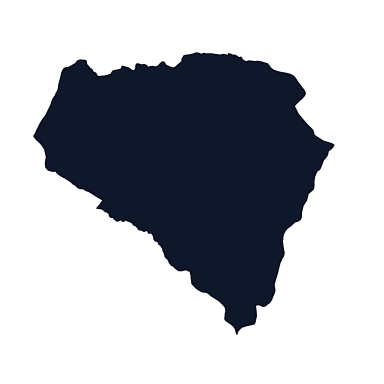 the district of Cerinza, Boyacá, Colombia, rotated 171°
{"feature_id": "7082276B99434629826727", "entity_name": "Cerinza", "entity_type": "district", "adm_level": 2, "iso_a3": "COL", "parent_name": "Colombia", "parent_adm1": "Boyacá", "projection": "albers", "projection_center": [-72.96, 5.971], "detail": "fine", "context": "isolated", "style": "filled", "palette": "ink", "viewbox_px": 384, "rotation_deg": 171, "n_neighbors": 0, "source": "geoboundaries", "source_scale": "gbopen_adm2", "svg_char_len": 6032}
<svg xmlns="http://www.w3.org/2000/svg" viewBox="0 0 384 384"><g transform="rotate(171 192 192)"><path d="M303.1,326.7L306.6,318.8L307.3,316.2L308.1,313.9L311.1,309.9L312.0,308.3L313.3,307.1L315.1,304.9L315.9,303.5L317.7,299.7L320.9,295.4L322.3,293.3L324.1,290.8L327.7,287.2L331.1,283.3L335.4,277.3L337.0,274.7L339.1,272.3L339.3,271.8L338.1,269.4L336.8,267.4L334.8,265.0L333.4,263.0L331.9,260.2L331.5,258.9L330.8,258.0L330.6,256.9L330.6,254.3L330.4,253.7L330.2,248.7L331.3,246.3L332.2,243.1L332.4,239.6L332.1,238.8L330.6,236.3L328.0,235.1L325.9,234.3L325.1,234.2L323.6,234.1L323.0,233.9L322.5,233.2L322.3,232.3L321.7,231.3L319.0,228.7L316.9,227.0L315.7,226.3L313.5,224.2L312.4,223.4L309.7,220.8L309.2,220.3L308.9,219.7L307.8,218.3L306.0,217.1L304.8,215.4L303.8,214.2L302.4,213.3L300.2,212.6L298.9,212.6L298.2,211.7L295.6,209.7L293.8,208.8L285.4,201.5L280.8,197.8L284.8,193.8L288.2,191.0L287.6,190.8L283.9,189.6L283.0,189.0L282.2,188.3L281.8,187.6L281.3,186.9L280.4,186.2L279.0,185.5L277.9,184.5L277.2,183.5L277.0,182.6L277.1,181.7L276.8,180.6L276.3,180.0L273.7,179.2L273.2,178.9L273.2,177.6L272.7,177.3L271.8,176.6L271.3,175.7L270.7,175.1L269.4,175.1L268.7,175.3L267.8,175.8L266.8,175.9L265.3,174.6L264.9,173.9L264.2,173.9L262.5,174.8L261.7,174.9L260.6,173.9L259.6,173.5L257.8,172.4L255.9,171.0L255.5,170.4L255.2,169.4L254.8,168.8L252.7,167.4L252.2,167.2L252.1,166.3L251.6,166.0L250.8,164.9L250.8,164.1L250.7,163.5L250.2,163.1L248.8,162.7L248.2,162.5L246.8,162.6L246.7,161.7L246.3,161.1L245.9,160.9L245.0,160.7L243.5,161.5L242.9,161.4L242.1,160.7L241.1,158.4L240.8,158.0L240.0,158.0L238.8,158.9L238.4,158.8L237.9,156.9L236.8,154.6L236.7,152.6L236.9,151.4L236.0,149.8L235.0,149.2L234.5,149.1L233.8,148.4L233.1,148.3L232.8,147.8L233.1,146.9L232.9,146.0L232.7,145.4L231.3,144.6L230.9,143.8L230.8,142.9L229.9,141.4L229.6,140.6L229.7,140.0L229.6,138.5L229.4,137.7L228.6,135.7L228.9,134.8L228.6,134.2L228.4,133.6L228.6,132.7L227.8,131.8L227.9,131.2L227.4,130.6L226.4,129.9L226.2,129.5L226.2,128.7L225.3,127.5L225.5,126.8L225.5,126.0L225.0,125.2L224.0,124.3L224.2,123.7L223.9,123.1L222.0,122.0L221.5,121.0L219.8,118.8L217.8,116.9L217.1,116.5L215.3,116.1L213.3,116.2L212.6,116.1L211.5,116.3L210.6,116.2L209.8,116.5L209.2,116.3L208.6,115.3L207.9,114.7L206.9,114.8L206.3,114.3L206.0,113.4L206.0,111.9L205.7,108.7L206.1,107.6L206.2,106.8L206.0,106.0L206.3,101.7L205.9,101.0L205.4,100.2L204.5,99.3L204.1,98.2L203.1,96.8L200.6,94.3L198.2,92.5L196.9,91.6L195.5,91.4L194.1,91.1L192.7,90.3L191.2,89.1L189.8,87.3L189.3,86.5L188.3,86.0L187.4,85.0L182.8,81.0L181.5,79.6L180.5,78.2L179.6,77.0L177.3,73.5L177.0,72.4L176.9,70.2L177.1,68.7L178.1,66.3L178.4,64.3L179.1,62.6L179.2,61.5L179.1,60.8L178.8,60.0L176.5,57.8L173.9,55.4L172.3,53.6L171.5,52.5L170.4,49.7L169.9,44.3L169.2,46.7L166.9,48.9L164.1,50.8L158.1,51.7L155.0,51.8L151.4,52.1L150.2,53.6L149.6,55.5L148.0,59.3L147.5,64.3L147.4,69.3L146.4,70.5L144.1,70.6L141.8,69.5L140.3,68.3L138.8,67.9L137.3,68.3L132.2,71.2L130.5,73.2L127.1,78.8L125.9,81.1L125.6,82.3L125.6,87.7L123.5,92.3L120.2,99.0L118.9,102.4L116.6,107.7L116.1,108.7L114.8,110.4L114.3,111.7L111.7,114.6L110.6,117.7L110.8,120.6L110.7,128.8L110.0,130.9L109.5,133.4L108.4,136.2L105.5,139.9L103.3,141.6L100.3,143.0L95.0,146.6L93.3,146.6L91.2,147.1L89.3,148.1L88.2,149.9L87.4,154.1L86.1,157.7L85.1,160.0L84.3,161.5L82.7,163.3L81.3,165.1L80.6,165.4L77.7,172.1L76.2,173.2L74.1,174.4L72.7,175.3L71.7,176.3L71.1,177.7L70.5,180.2L70.3,182.5L69.0,187.1L68.0,189.2L66.8,191.1L65.6,192.9L64.4,193.7L62.4,194.5L60.8,197.0L57.3,203.0L53.7,206.1L52.4,207.9L51.1,211.3L47.6,213.2L46.4,214.0L44.7,216.2L45.3,216.6L45.9,217.3L46.8,217.9L52.6,220.7L53.1,220.8L54.4,221.6L61.2,227.6L62.1,228.5L62.6,229.1L62.8,230.2L62.8,231.4L63.1,233.7L63.6,234.7L68.2,241.0L73.9,250.4L74.6,251.3L75.2,252.9L75.7,254.2L75.9,255.3L77.8,260.9L75.3,263.1L73.7,264.1L72.0,265.5L69.8,266.6L66.6,269.1L65.4,270.5L64.8,271.5L64.9,272.9L65.2,274.1L66.2,276.2L67.1,277.6L68.6,280.6L70.3,283.7L71.1,285.6L73.0,289.5L75.1,291.6L77.2,292.9L80.6,294.4L85.9,296.2L88.8,297.4L92.5,299.5L94.0,300.9L95.0,302.0L97.0,305.9L97.6,306.8L99.1,307.4L103.7,309.7L106.5,310.7L109.0,310.6L114.3,312.2L115.2,312.4L116.1,312.3L117.3,312.0L118.6,312.4L119.6,312.8L120.3,313.4L121.8,315.1L122.2,316.3L122.2,316.8L122.6,317.3L123.0,317.4L123.5,317.2L124.1,317.0L124.6,317.1L125.1,317.4L126.1,318.7L128.4,320.3L128.7,320.4L128.8,319.4L129.9,320.4L130.2,320.3L131.6,321.5L132.6,322.1L133.3,322.4L134.1,322.6L134.5,321.0L137.2,322.0L138.3,322.6L139.3,322.8L143.2,322.7L144.9,323.3L147.1,323.9L150.6,325.1L151.7,325.4L152.5,325.4L153.0,325.6L154.2,325.6L154.8,325.8L155.6,325.8L156.3,325.9L158.1,326.8L158.9,326.8L161.1,326.4L161.8,326.5L164.2,328.1L166.2,328.5L167.3,328.4L169.3,327.9L173.6,327.7L177.5,327.8L178.2,327.7L178.9,327.4L180.8,324.9L181.1,324.3L181.3,322.4L182.4,321.6L186.4,319.4L187.1,318.8L188.4,318.0L189.3,317.6L190.1,317.3L190.9,317.3L191.8,317.5L194.0,318.5L196.2,320.1L197.6,320.8L198.4,321.7L198.6,322.2L198.9,323.5L199.1,324.0L199.5,324.4L200.7,325.0L201.4,324.7L203.7,323.2L204.8,322.3L206.3,321.5L208.4,321.0L208.9,321.0L210.9,321.9L211.7,322.1L213.8,322.2L215.0,321.8L215.6,321.8L216.5,322.2L216.6,322.5L216.7,323.3L217.0,323.7L217.5,324.2L219.0,325.1L220.3,325.3L221.4,325.1L223.0,325.7L225.1,326.8L225.8,327.0L226.4,326.9L227.1,326.4L227.8,324.6L227.9,323.1L228.4,322.4L230.3,320.2L233.3,322.2L234.5,323.5L235.6,324.5L237.8,325.4L240.1,326.6L241.1,326.9L241.6,326.4L242.6,324.4L243.5,324.2L244.9,324.1L249.6,323.9L251.1,323.7L251.8,323.0L253.5,321.1L253.8,320.9L255.0,320.6L260.7,320.0L263.0,320.4L265.0,320.3L265.9,320.4L266.8,320.7L267.5,321.3L267.8,321.8L268.3,323.6L268.8,324.4L269.3,324.9L270.4,325.5L271.1,326.1L271.6,327.6L271.7,328.4L272.1,328.9L273.4,329.8L273.8,330.2L274.3,331.6L276.0,334.0L276.2,335.1L276.3,338.2L278.5,339.0L279.0,338.9L279.9,339.3L281.4,339.7L282.2,339.7L284.5,339.2L285.2,338.7L286.2,337.5L286.7,337.1L291.9,335.0L294.2,334.3L298.1,334.2L299.4,333.5L300.9,331.6L302.0,329.7L303.1,326.7Z" fill="#0f172a" stroke="#020617" stroke-width="1.5"/></g></svg>